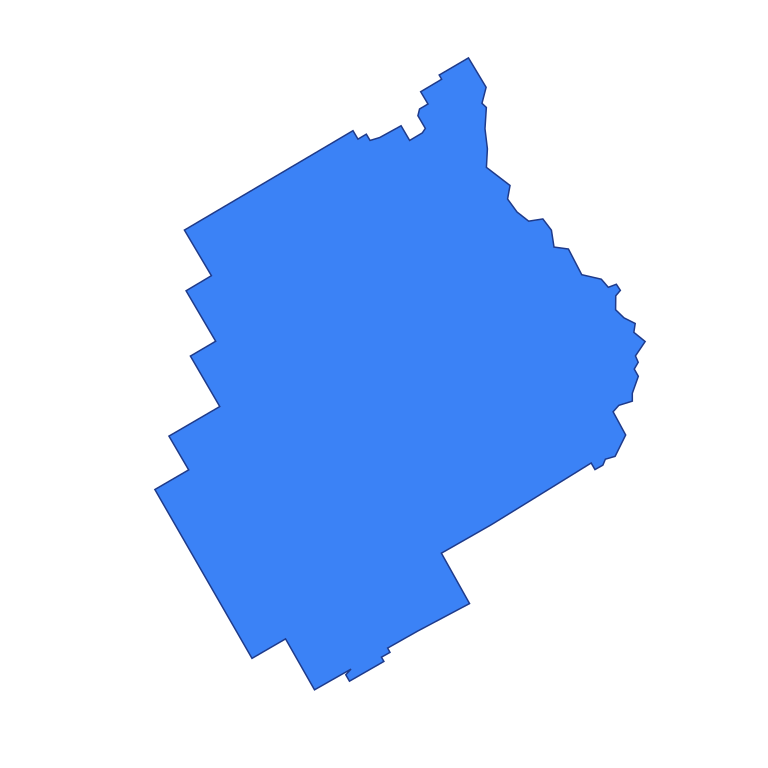 outline of Judith Basin, Montana, United States of America, rotated 240°
{"feature_id": "52423323B59970675911071", "entity_name": "Judith Basin", "entity_type": "district", "adm_level": 2, "iso_a3": "USA", "parent_name": "United States of America", "parent_adm1": "Montana", "projection": "orthographic", "projection_center": [-110.26, 47.045], "detail": "fine", "context": "isolated", "style": "filled", "palette": "blue", "viewbox_px": 768, "rotation_deg": 240, "n_neighbors": 0, "source": "geoboundaries", "source_scale": "gbopen_adm2", "svg_char_len": 1131}
<svg xmlns="http://www.w3.org/2000/svg" viewBox="0 0 768 768"><g transform="rotate(240 384 384)"><path d="M212.4,132.5L212.5,171.3L153.9,170.9L153.6,212.9L151.3,205.5L143.9,205.5L143.8,245.2L148.7,245.2L148.6,255.0L153.5,255.1L153.2,289.3L151.1,348.3L208.8,349.1L208.5,406.6L210.2,465.3L212.0,523.9L204.4,523.9L204.3,533.0L208.2,538.1L205.8,548.0L219.0,567.8L245.4,568.5L248.1,576.7L245.0,590.5L251.8,594.4L263.5,608.1L271.8,608.2L275.7,615.0L282.6,615.8L290.2,631.4L303.8,626.2L310.8,631.8L321.3,624.9L332.5,621.7L344.5,628.8L346.9,635.5L354.2,635.1L355.6,626.6L366.1,624.6L379.8,609.9L408.7,611.2L417.6,599.7L433.5,605.9L447.5,604.1L452.7,590.7L466.4,585.2L482.4,583.5L492.9,592.4L520.4,581.0L535.9,591.1L554.6,599.1L572.3,610.9L578.1,609.2L589.9,620.8L624.2,620.2L624.0,586.3L619.1,586.3L618.8,561.9L604.5,562.1L604.4,552.3L599.4,547.5L584.7,547.6L582.3,542.7L582.1,528.0L599.1,527.9L599.6,503.5L601.9,493.7L609.2,493.6L609.1,483.9L618.9,483.8L617.1,288.1L564.1,288.7L563.7,259.2L505.2,259.6L505.0,230.3L446.6,230.5L446.4,171.7L407.3,171.9L407.2,132.8L212.4,132.5Z" fill="#3b82f6" stroke="#1e3a8a" stroke-width="1.5"/></g></svg>